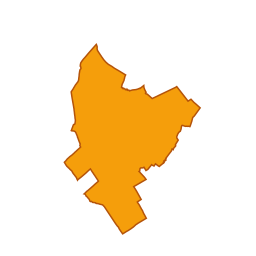 outline of Fartanesti, Galati, Romania, rotated 149°
{"feature_id": "2599482B98747268869186", "entity_name": "Fartanesti", "entity_type": "district", "adm_level": 2, "iso_a3": "ROU", "parent_name": "Romania", "parent_adm1": "Galati", "projection": "orthographic", "projection_center": [27.982, 45.802], "detail": "fine", "context": "isolated", "style": "filled", "palette": "amber", "viewbox_px": 256, "rotation_deg": 149, "n_neighbors": 0, "source": "geoboundaries", "source_scale": "gbopen_adm2", "svg_char_len": 5657}
<svg xmlns="http://www.w3.org/2000/svg" viewBox="0 0 256 256"><g transform="rotate(149 128 128)"><path d="M198.0,84.2L197.1,83.9L196.7,82.5L195.4,81.5L194.4,80.7L194.2,79.8L192.5,78.5L191.3,77.1L189.4,75.3L188.9,73.2L188.8,72.9L187.9,52.3L187.6,49.1L187.5,48.8L187.3,48.4L187.3,48.0L187.4,46.7L187.5,45.9L187.3,42.5L187.1,40.0L185.9,40.0L182.7,40.1L180.4,40.0L178.7,40.1L177.7,40.1L174.2,40.4L170.9,41.1L169.5,41.1L168.9,41.2L168.2,41.2L166.5,41.2L166.2,41.2L165.5,41.2L158.8,41.2L158.8,41.7L158.6,45.1L158.6,46.4L158.5,47.4L158.3,48.9L158.1,49.9L158.2,50.9L158.2,51.7L158.1,53.4L158.1,54.6L158.0,55.3L158.0,57.1L158.1,57.8L158.2,59.2L158.1,59.8L153.5,60.0L153.5,60.3L153.2,69.0L153.2,71.9L153.3,74.8L144.6,74.7L139.0,74.6L139.2,76.7L139.4,78.0L140.9,85.1L140.1,85.1L139.4,86.0L139.0,86.7L138.7,86.9L138.4,87.1L138.0,87.2L137.3,87.1L136.9,86.8L136.4,86.5L135.8,86.2L135.6,86.1L135.4,86.1L135.1,86.2L134.5,86.1L134.5,82.3L132.6,82.3L132.0,82.4L129.1,83.5L128.9,83.5L126.9,84.3L126.7,84.4L126.5,83.9L125.3,82.0L122.9,83.1L121.7,80.2L121.0,78.9L118.3,79.4L118.2,79.3L117.2,79.5L116.3,79.7L116.0,79.5L114.9,79.8L115.1,80.4L114.1,80.6L114.2,81.2L113.2,81.4L113.1,80.8L112.0,81.0L112.1,81.7L111.2,82.1L111.2,82.6L110.3,82.8L110.0,83.0L105.9,84.7L102.8,85.9L102.6,86.0L101.0,87.3L100.4,86.2L100.3,86.3L99.5,87.0L99.0,87.2L98.5,87.4L97.4,87.7L97.0,87.9L96.5,88.0L96.3,88.2L96.2,88.5L96.1,88.9L96.1,89.1L94.5,90.1L94.4,90.1L93.6,90.5L92.5,91.1L91.8,91.4L91.2,91.8L91.3,94.3L90.6,95.6L90.2,95.9L89.8,96.1L88.6,97.1L87.1,97.9L86.2,98.2L85.8,98.2L85.5,98.3L84.8,98.3L84.2,98.8L83.9,99.1L83.0,99.8L82.4,100.6L81.5,101.6L80.6,102.4L79.9,102.2L79.6,101.9L79.5,101.6L79.0,101.1L78.2,100.1L77.7,99.7L77.3,99.6L77.1,99.5L76.6,99.1L76.4,98.9L75.7,98.6L75.1,98.2L74.2,97.3L73.4,97.9L70.0,100.8L67.1,103.7L65.5,104.0L64.4,104.4L55.8,108.1L57.4,113.4L58.3,116.0L59.2,120.2L62.7,120.1L64.9,138.4L65.5,138.4L66.0,138.3L92.1,140.8L94.1,147.2L95.0,148.0L95.2,148.7L94.9,149.0L94.1,149.3L94.0,151.1L93.9,152.4L93.4,154.8L93.1,155.3L92.6,156.3L97.3,155.7L97.3,156.0L99.3,156.3L100.0,156.4L100.5,156.6L101.1,156.7L104.6,158.3L107.6,159.1L107.5,159.6L108.4,160.4L108.7,161.4L109.0,160.9L109.1,161.1L110.3,162.1L110.1,162.4L110.4,162.6L110.6,163.1L111.2,163.7L110.5,163.8L112.0,164.2L112.1,164.7L111.8,165.1L112.5,165.7L112.7,166.1L110.6,168.4L110.0,168.8L108.8,169.6L106.9,170.9L106.4,171.5L105.4,172.4L104.8,173.1L104.3,173.6L103.5,174.2L102.7,174.7L106.0,181.0L106.3,181.6L108.8,186.1L109.9,188.6L110.2,189.3L111.8,192.2L112.2,193.1L113.1,196.0L113.7,199.3L113.8,201.4L113.9,202.0L114.1,206.2L114.2,209.0L114.2,210.4L114.0,210.9L113.6,212.0L113.4,212.3L112.8,213.2L112.6,213.5L112.2,215.2L112.1,216.0L118.5,214.0L123.2,212.5L128.7,210.6L130.1,210.2L131.0,209.9L133.0,209.1L134.4,208.4L135.0,208.1L136.5,206.5L136.8,206.0L136.7,206.0L137.2,204.3L137.6,203.4L137.7,203.2L137.8,203.1L139.2,202.6L139.5,202.3L140.1,201.6L140.3,201.4L140.7,201.0L140.8,200.8L141.6,199.9L142.1,199.2L142.6,198.6L143.0,197.9L144.4,196.2L145.2,195.1L145.4,194.9L145.7,194.5L146.3,194.0L147.1,193.4L147.5,193.3L151.0,191.9L151.7,191.5L152.3,191.2L152.8,190.9L153.4,190.6L154.2,190.2L154.6,189.9L155.9,189.3L157.3,188.6L158.0,188.3L158.1,188.2L158.7,186.8L160.3,182.9L161.7,179.3L162.5,177.2L163.7,174.1L164.2,172.9L164.3,172.4L164.7,171.7L165.4,170.2L165.6,169.6L166.1,168.6L166.4,168.0L166.4,167.9L166.8,167.1L167.0,166.6L167.3,165.9L167.5,165.3L167.8,164.8L167.9,164.6L168.2,163.9L168.5,163.3L168.6,163.0L168.7,162.7L168.8,162.4L168.9,162.1L169.0,162.0L169.0,161.9L169.1,161.7L169.3,161.5L169.6,161.0L169.7,160.9L170.7,159.7L171.0,159.3L171.2,159.1L171.3,159.0L171.4,158.9L171.5,158.9L171.8,158.8L172.0,158.7L172.1,158.8L172.4,158.8L172.5,158.9L172.9,159.0L174.5,157.8L174.9,157.4L175.0,157.3L176.0,156.6L176.9,155.8L177.5,155.3L177.9,155.1L178.0,155.0L177.9,154.8L177.6,154.5L176.8,153.9L176.2,153.5L176.1,153.4L175.8,153.1L175.4,152.4L175.3,152.2L175.2,152.1L175.1,151.8L175.1,151.1L175.1,150.7L175.3,149.7L175.3,149.4L175.4,149.1L175.4,148.9L175.4,148.6L175.5,148.2L175.6,147.3L175.7,147.0L175.9,146.3L175.9,146.2L176.1,145.9L176.1,145.6L176.1,145.3L176.1,145.2L176.2,144.6L176.3,144.3L176.6,142.9L176.7,142.3L176.8,141.6L176.9,141.2L176.9,140.9L177.1,139.9L177.1,139.6L177.2,139.2L177.2,138.9L177.3,138.8L177.4,138.7L177.7,138.4L178.2,137.9L178.3,137.5L178.3,137.3L178.4,136.9L178.4,136.4L178.4,136.1L179.5,135.8L180.2,135.7L180.5,135.6L181.2,135.5L182.2,135.3L184.1,134.9L184.9,134.7L185.8,134.6L186.6,134.4L187.2,134.2L187.9,134.1L188.6,134.0L189.1,133.8L190.0,133.7L191.8,133.5L192.8,133.4L193.6,133.2L194.6,133.0L195.8,132.8L196.4,132.6L196.8,132.4L197.2,132.3L197.9,132.0L198.5,131.8L199.1,131.7L200.2,131.4L200.2,130.8L200.2,130.6L200.2,130.4L200.2,130.1L200.2,129.7L200.2,129.2L200.2,128.6L200.2,128.3L200.2,128.0L200.2,127.7L200.1,127.3L200.1,126.7L200.0,126.2L199.9,125.9L199.8,125.7L199.7,125.4L199.6,125.2L199.6,124.6L199.4,124.3L199.1,123.0L199.0,122.3L198.5,120.8L198.3,120.1L198.3,119.4L198.4,118.9L198.4,118.1L198.4,117.2L198.3,116.4L198.1,115.4L198.1,115.0L197.9,113.1L197.8,112.6L197.8,112.2L197.9,111.1L198.0,110.9L198.1,109.7L198.1,109.3L197.8,109.5L197.2,109.6L193.2,110.1L187.2,111.1L183.7,111.9L181.3,112.3L181.2,107.8L181.1,107.6L181.1,105.8L181.1,105.5L181.0,105.2L180.7,97.7L180.8,97.6L186.1,96.7L186.7,96.5L191.7,95.6L195.1,95.0L195.6,95.0L195.9,95.0L196.5,94.8L197.0,94.7L197.7,94.5L198.9,94.2L199.5,94.1L199.3,93.9L199.0,93.6L198.9,93.4L198.8,92.9L198.8,92.0L198.9,91.6L199.0,91.3L199.0,91.2L198.7,90.7L198.6,90.3L198.5,89.8L198.3,88.5L198.2,87.8L198.1,87.3L198.0,86.9L198.0,86.5L198.3,85.1L198.3,84.8L198.0,84.2Z" fill="#f59e0b" stroke="#b45309" stroke-width="1.5"/></g></svg>